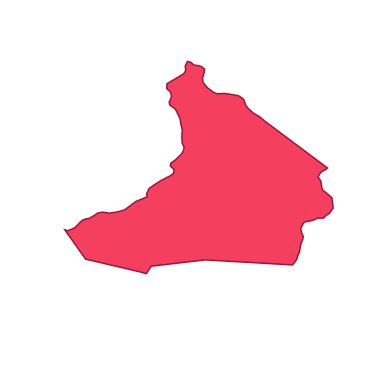 the district of Coremas, Paraíba, Brazil, rotated 149°
{"feature_id": "56859067B65576512747255", "entity_name": "Coremas", "entity_type": "district", "adm_level": 2, "iso_a3": "BRA", "parent_name": "Brazil", "parent_adm1": "Paraíba", "projection": "orthographic", "projection_center": [-37.983, -7.063], "detail": "fine", "context": "isolated", "style": "filled", "palette": "rose", "viewbox_px": 384, "rotation_deg": 149, "n_neighbors": 0, "source": "geoboundaries", "source_scale": "gbopen_adm2", "svg_char_len": 1485}
<svg xmlns="http://www.w3.org/2000/svg" viewBox="0 0 384 384"><g transform="rotate(149 192 192)"><path d="M93.5,216.2L94.9,220.8L98.7,227.9L100.7,234.2L101.3,238.8L100.0,244.1L100.7,246.8L102.7,250.7L109.0,256.2L113.7,260.0L119.7,263.1L122.2,266.2L125.1,273.5L126.2,280.1L124.1,284.4L121.0,287.2L117.9,290.7L119.3,294.6L121.6,297.2L125.0,299.9L126.1,303.6L128.6,306.3L132.9,303.5L134.8,299.4L138.3,297.6L157.6,297.7L160.4,293.7L158.9,288.3L160.7,284.0L165.3,280.8L166.2,277.9L163.7,272.3L163.7,269.3L164.5,261.1L166.5,256.1L168.4,250.1L171.8,245.4L175.3,238.9L175.7,234.2L179.3,230.9L182.3,229.8L189.6,228.1L195.5,227.6L197.2,225.4L195.8,220.8L198.0,217.6L202.2,217.1L211.1,217.7L214.2,217.8L220.0,217.6L226.9,217.1L231.7,214.0L233.0,211.0L241.5,212.2L244.7,212.8L259.3,211.4L263.0,212.5L266.6,213.5L269.7,214.8L273.4,216.2L279.2,220.9L283.2,222.4L289.8,222.2L294.1,222.4L296.8,223.6L300.0,224.2L303.2,223.7L306.8,222.7L311.4,221.7L318.2,222.7L320.5,225.1L317.8,189.3L277.3,149.9L273.2,145.5L265.1,149.4L250.3,142.7L215.6,127.0L198.5,115.3L170.3,96.1L143.4,77.7L139.7,79.0L136.6,80.6L134.3,82.8L131.0,85.0L128.4,88.1L125.2,91.6L121.6,94.2L119.6,96.5L119.0,100.5L117.9,104.1L115.6,106.2L112.2,108.0L109.2,108.0L105.2,106.1L101.0,105.1L98.0,105.1L93.0,102.0L89.0,102.9L85.2,102.9L79.3,105.6L77.3,109.8L75.0,115.2L76.4,119.3L79.0,126.4L78.4,129.2L75.9,135.1L76.2,139.8L73.5,141.7L70.2,142.8L67.0,142.3L63.5,142.8L93.5,216.2Z" fill="#f43f5e" stroke="#9f1239" stroke-width="1.5"/></g></svg>